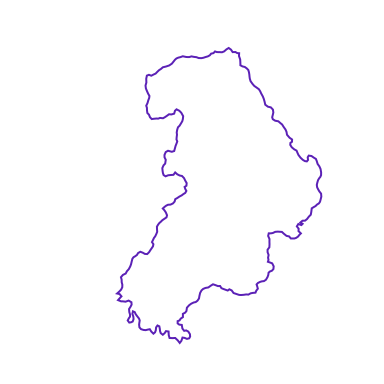 Gouveia, Minas Gerais, Brazil, rotated 328°
{"feature_id": "56859067B21802883811308", "entity_name": "Gouveia", "entity_type": "district", "adm_level": 2, "iso_a3": "BRA", "parent_name": "Brazil", "parent_adm1": "Minas Gerais", "projection": "natural_earth1", "projection_center": [-43.859, -18.506], "detail": "fine", "context": "isolated", "style": "outline", "palette": "violet", "viewbox_px": 384, "rotation_deg": 328, "n_neighbors": 0, "source": "geoboundaries", "source_scale": "gbopen_adm2", "svg_char_len": 5192}
<svg xmlns="http://www.w3.org/2000/svg" viewBox="0 0 384 384"><g transform="rotate(328 192 192)"><path d="M272.6,276.2L275.2,275.9L278.1,274.8L280.7,274.2L282.6,272.1L284.9,269.3L287.4,269.3L289.3,269.4L291.3,268.9L293.6,268.9L295.4,268.1L297.0,266.6L299.2,264.5L300.6,261.8L300.3,258.9L300.4,256.7L300.6,254.4L301.6,252.1L303.2,250.5L305.1,248.8L307.0,247.8L308.8,247.2L310.4,246.1L311.9,243.8L313.2,240.6L313.6,237.7L313.4,234.8L314.2,231.8L314.6,229.6L313.5,227.4L312.4,224.8L310.3,223.0L308.5,223.9L307.4,226.3L305.6,226.9L304.1,225.6L303.0,223.4L302.2,220.4L301.9,217.0L302.2,214.7L302.6,212.3L301.3,210.0L300.3,206.9L300.3,204.1L301.5,202.5L303.4,202.4L304.7,200.5L303.5,197.7L302.9,193.8L304.0,191.1L304.4,188.6L304.2,185.3L304.2,182.5L303.5,180.5L302.7,177.8L300.3,175.6L299.1,173.1L299.6,171.1L301.3,169.5L303.1,167.7L304.3,165.0L303.7,162.0L301.6,159.9L300.4,156.8L301.4,153.9L302.2,151.2L302.7,148.5L302.9,144.9L303.2,142.8L303.2,140.3L302.1,137.6L301.0,135.0L300.6,132.3L300.4,129.0L301.1,126.5L301.9,124.7L302.8,122.9L303.7,120.8L304.4,118.4L303.9,116.1L303.0,113.9L301.4,112.3L300.2,110.2L301.8,107.5L303.1,105.1L303.9,101.6L305.5,99.3L304.0,98.2L303.0,96.3L300.6,94.9L300.5,91.9L299.4,89.3L296.8,89.3L293.7,89.8L291.5,89.4L289.5,88.0L287.2,86.5L286.0,85.0L283.8,85.6L281.5,84.8L279.6,85.5L277.4,85.4L274.9,84.7L272.8,84.2L271.0,83.5L268.7,82.0L267.2,80.0L265.2,78.4L263.4,76.7L261.1,76.1L258.7,74.5L256.1,72.0L253.7,71.5L251.6,70.8L249.6,70.5L247.7,70.8L245.5,71.6L242.9,72.5L239.7,72.6L236.4,71.8L233.4,70.8L230.8,71.2L228.7,71.2L226.3,71.7L223.9,72.3L221.7,72.0L219.1,71.8L217.6,69.8L215.4,69.4L213.2,71.7L211.3,75.0L209.0,77.1L207.8,79.7L207.3,82.5L206.9,85.4L206.8,88.0L205.5,89.6L203.6,91.0L201.4,93.0L198.9,94.6L198.4,96.7L197.1,98.9L196.0,101.4L196.5,103.6L196.0,106.3L196.5,108.8L198.5,109.7L200.7,110.8L202.3,111.9L204.1,112.2L206.5,114.1L208.8,114.2L211.2,114.1L213.7,113.9L215.6,115.3L218.4,116.1L220.6,114.1L222.7,113.7L224.3,116.4L224.9,119.1L224.7,123.0L222.9,125.3L221.3,126.8L219.0,128.0L216.6,129.2L214.4,129.7L212.4,131.4L210.6,133.4L209.6,135.5L208.1,137.3L206.7,139.2L206.3,141.3L204.4,142.8L202.5,144.2L200.9,145.7L198.6,147.8L196.2,147.2L194.9,145.8L193.5,144.3L190.9,144.2L188.3,146.0L187.1,148.0L186.8,150.8L184.3,153.7L182.0,154.3L179.5,156.0L178.2,158.6L177.4,160.5L176.9,162.6L177.9,164.7L180.7,165.2L182.9,166.3L185.4,167.6L188.1,166.5L188.9,169.2L190.3,171.5L192.0,173.1L192.6,176.0L192.3,178.8L192.2,181.6L190.6,183.7L188.4,183.8L187.9,185.9L187.8,188.1L185.8,189.2L183.4,189.2L181.5,189.4L178.9,189.2L176.3,189.3L174.0,189.2L172.2,190.9L169.8,191.6L167.1,191.3L164.9,190.1L162.9,189.9L160.7,190.1L158.5,190.5L158.9,192.8L159.0,195.4L158.5,198.5L156.9,200.0L154.5,200.1L151.9,200.2L149.8,200.7L147.9,201.0L146.0,201.7L143.9,202.8L142.4,205.4L141.4,207.3L139.5,208.7L137.3,210.1L135.4,210.8L133.4,212.1L131.5,213.3L131.6,215.8L130.1,217.4L128.3,218.2L126.2,219.1L123.7,220.3L121.1,220.9L119.2,219.5L118.1,217.4L116.5,215.3L113.9,215.2L112.0,216.2L109.8,216.4L107.9,216.3L106.1,217.0L103.9,219.1L102.0,221.0L100.3,222.3L97.6,223.9L94.8,224.7L92.6,226.0L89.5,225.7L86.6,226.6L85.9,229.0L84.6,231.2L83.8,233.7L82.4,235.8L80.2,237.2L77.6,237.9L74.7,238.4L76.5,240.2L76.9,243.1L74.7,243.7L72.0,244.5L73.9,247.1L75.7,248.3L77.5,249.8L80.7,250.5L82.2,253.4L81.1,255.5L79.1,256.7L76.6,257.9L75.2,260.6L74.5,263.2L73.3,264.9L71.5,265.6L69.4,266.9L69.6,269.5L71.3,270.2L73.1,270.4L75.1,268.8L76.2,266.6L76.9,263.7L78.7,261.9L79.8,263.6L79.5,265.6L79.7,268.4L80.0,271.2L79.6,273.2L78.3,274.7L76.9,276.4L75.7,278.9L76.1,281.3L77.8,283.3L79.5,284.6L81.4,285.2L83.5,286.0L83.5,288.7L84.2,291.7L86.3,291.4L88.0,290.1L89.8,287.8L92.0,286.9L93.1,288.6L92.2,291.0L91.2,293.0L90.7,295.1L91.6,297.6L94.0,297.2L96.2,296.2L98.2,297.9L96.4,301.1L95.6,303.9L97.9,305.5L100.4,306.9L101.3,310.3L101.6,313.5L104.1,312.6L106.8,310.4L108.5,311.9L109.9,313.9L112.1,314.6L113.8,313.6L114.9,311.5L114.9,308.4L113.7,306.3L111.8,305.6L111.5,302.7L112.9,299.3L110.9,297.7L110.2,295.8L111.4,293.9L113.3,294.3L115.3,293.4L118.0,293.3L119.7,290.5L122.2,290.7L124.2,290.0L126.4,287.4L129.6,286.5L132.2,286.3L134.9,286.6L136.8,287.3L139.0,287.1L141.5,286.0L143.1,284.2L145.4,281.9L147.9,280.5L150.1,280.1L152.6,280.5L155.3,281.6L158.2,281.4L160.9,281.4L162.7,283.6L164.1,285.5L166.0,286.6L166.0,289.1L167.1,290.7L168.5,292.5L170.1,294.5L172.1,294.3L173.5,296.5L173.7,299.7L175.6,302.0L177.4,304.2L178.9,305.3L181.4,306.6L183.7,307.6L185.5,308.9L188.0,309.0L189.9,309.7L192.5,311.0L194.3,309.7L196.6,308.9L197.3,306.6L197.8,304.6L199.7,304.1L202.1,304.3L203.9,304.8L205.8,305.7L208.2,305.6L210.9,304.2L212.7,302.8L214.2,301.0L215.9,300.7L218.0,301.1L220.2,300.5L221.9,298.3L222.2,295.0L220.7,293.0L219.4,291.4L220.9,290.1L221.7,288.0L223.6,286.0L224.2,283.1L225.5,281.0L228.3,279.9L230.1,277.3L231.2,275.4L232.8,272.9L233.3,269.6L235.2,267.7L237.1,268.9L238.8,269.6L241.5,269.9L243.8,271.1L245.3,272.2L247.1,273.5L247.8,276.1L248.9,279.3L250.8,281.1L251.2,283.8L254.2,285.7L256.0,286.1L258.3,286.0L260.2,285.3L262.4,284.8L261.6,281.6L263.0,279.6L262.7,276.7L265.2,275.5L267.2,278.0L268.9,277.6L267.8,275.3L270.5,274.9L272.6,276.2Z" fill="none" stroke="#5b21b6" stroke-width="2"/></g></svg>